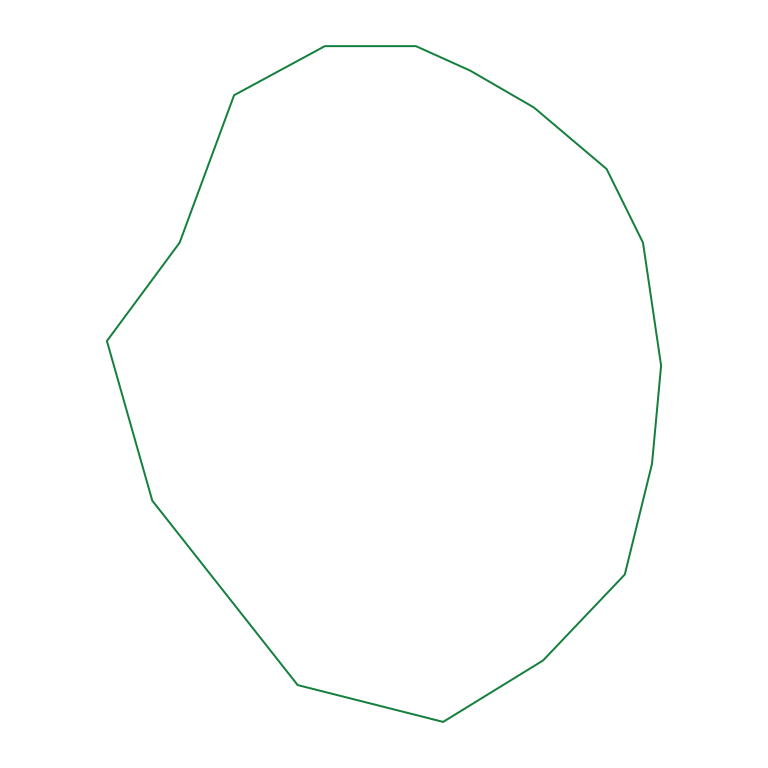 the district of Bena-Dibele, Kasaï-Oriental, Democratic Republic of the Congo
{"feature_id": "63176286B9358277012481", "entity_name": "Bena-Dibele", "entity_type": "district", "adm_level": 2, "iso_a3": "COD", "parent_name": "Democratic Republic of the Congo", "parent_adm1": "Kasaï-Oriental", "projection": "equal_earth", "projection_center": [22.911, -4.227], "detail": "fine", "context": "isolated", "style": "outline", "palette": "green", "viewbox_px": 768, "rotation_deg": 0, "n_neighbors": 0, "source": "geoboundaries", "source_scale": "gbopen_adm2", "svg_char_len": 327}
<svg xmlns="http://www.w3.org/2000/svg" viewBox="0 0 768 768"><path d="M179.6,242.7L106.9,341.0L152.3,500.7L297.7,685.1L443.1,721.9L543.0,660.5L624.8,574.5L652.0,463.9L661.1,365.6L643.0,242.7L606.6,169.0L533.9,107.5L470.3,70.7L415.8,46.1L324.9,46.1L234.1,95.2L179.6,242.7Z" fill="none" stroke="#15803d" stroke-width="2"/></svg>